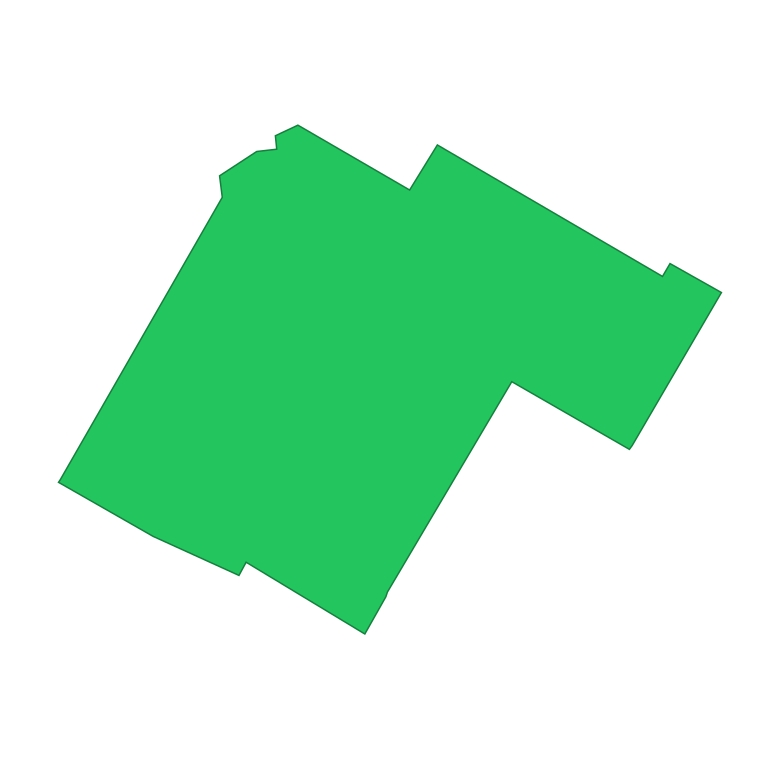 outline of Allen, Louisiana, United States of America, rotated 210°
{"feature_id": "52423323B27353189607616", "entity_name": "Allen", "entity_type": "district", "adm_level": 2, "iso_a3": "USA", "parent_name": "United States of America", "parent_adm1": "Louisiana", "projection": "orthographic", "projection_center": [-92.817, 30.661], "detail": "fine", "context": "isolated", "style": "filled", "palette": "green", "viewbox_px": 768, "rotation_deg": 210, "n_neighbors": 0, "source": "geoboundaries", "source_scale": "gbopen_adm2", "svg_char_len": 447}
<svg xmlns="http://www.w3.org/2000/svg" viewBox="0 0 768 768"><g transform="rotate(210 384 384)"><path d="M616.5,139.1L616.7,136.1L507.7,136.6L413.9,145.7L414.3,160.7L275.6,157.9L276.0,200.7L277.0,205.5L274.5,449.9L138.8,450.1L138.3,454.8L137.5,631.9L196.5,631.3L196.6,616.4L457.3,617.7L458.8,564.8L588.0,565.1L602.2,544.7L594.3,533.7L610.5,521.7L630.5,482.1L617.4,464.8L616.5,139.1Z" fill="#22c55e" stroke="#15803d" stroke-width="1.5"/></g></svg>